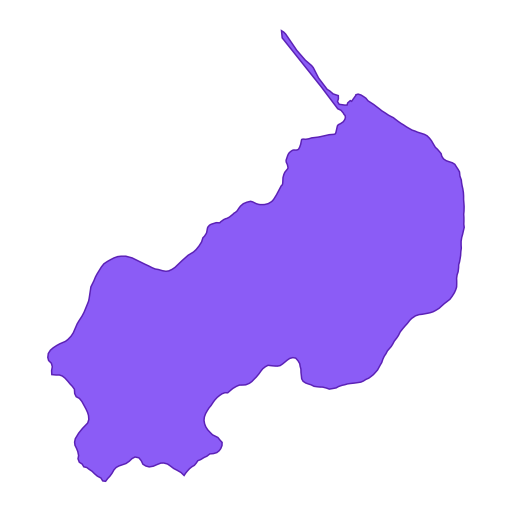 I-1 Barima, Barima-Waini, Guyana (Mercator projection)
{"feature_id": "73187651B60550575754674", "entity_name": "I-1 Barima", "entity_type": "district", "adm_level": 2, "iso_a3": "GUY", "parent_name": "Guyana", "parent_adm1": "Barima-Waini", "projection": "mercator", "projection_center": [-60.025, 7.862], "detail": "fine", "context": "isolated", "style": "filled", "palette": "violet", "viewbox_px": 512, "rotation_deg": 0, "n_neighbors": 0, "source": "geoboundaries", "source_scale": "gbopen_adm2", "svg_char_len": 5337}
<svg xmlns="http://www.w3.org/2000/svg" viewBox="0 0 512 512"><path d="M356.0,94.7L356.1,95.0L351.6,101.3L350.3,100.6L347.7,102.9L347.1,105.0L344.9,105.1L339.2,104.3L337.5,101.7L338.4,98.7L338.3,95.6L336.7,95.1L332.9,93.8L332.9,93.7L329.8,91.0L327.4,89.5L327.2,89.4L318.6,78.1L313.3,67.7L311.7,65.7L305.3,60.2L296.8,50.4L285.6,34.0L283.6,32.0L282.6,31.4L281.5,30.7L282.2,37.9L321.9,87.7L322.4,88.4L336.5,107.1L337.7,108.7L337.8,108.8L341.0,110.3L343.2,112.9L344.1,114.5L345.1,115.5L345.4,117.5L345.0,119.0L344.3,120.3L343.2,121.8L340.6,123.6L338.5,124.6L337.6,125.5L337.3,126.3L336.0,132.1L335.6,133.3L334.9,134.1L334.1,134.3L329.2,134.7L320.3,136.7L318.2,137.1L311.6,137.9L308.8,138.8L305.7,139.3L303.1,139.1L302.1,139.3L301.7,139.5L301.5,140.0L300.7,144.2L299.7,147.1L298.6,149.1L297.8,149.7L296.3,150.1L293.6,150.0L292.5,150.3L290.8,151.4L289.4,152.6L288.7,153.5L287.8,155.2L286.1,160.2L286.2,162.0L287.4,164.7L287.6,165.6L288.0,167.5L287.8,168.6L284.8,172.3L283.8,174.6L283.0,177.6L282.8,182.0L282.6,184.1L281.9,185.3L281.2,185.9L276.5,194.8L273.9,199.0L272.5,200.8L271.3,201.8L268.3,203.6L264.8,204.5L263.3,204.6L260.2,204.6L258.7,204.4L256.3,203.7L252.7,201.9L250.6,201.3L246.9,202.2L243.3,203.7L240.5,206.1L238.9,208.2L237.1,210.9L235.4,212.4L234.1,213.1L233.1,214.1L229.4,217.1L226.9,218.4L225.7,218.7L223.7,219.6L220.7,221.8L219.8,222.8L218.6,222.8L217.3,222.7L216.1,222.7L211.6,224.1L210.5,224.6L209.5,225.2L208.0,226.9L207.5,228.0L206.7,232.4L206.3,233.4L204.5,236.2L202.9,237.8L201.6,241.9L199.1,245.9L196.2,249.5L193.5,252.0L188.2,255.2L182.3,260.4L175.0,267.4L172.0,269.4L168.8,270.9L165.9,271.3L162.4,270.7L158.3,269.5L155.2,269.0L152.1,267.7L148.6,265.9L145.1,264.3L132.1,257.9L125.8,256.2L121.3,256.2L117.7,256.6L114.0,257.9L110.7,259.6L107.3,261.5L103.9,263.8L101.3,267.1L97.1,273.9L95.5,276.9L93.9,280.8L90.9,286.9L89.2,298.2L88.6,301.1L87.3,304.4L84.1,312.2L82.1,316.0L78.8,321.1L77.2,323.8L73.3,332.8L71.0,336.3L67.9,339.5L65.4,341.4L59.8,343.8L56.7,345.5L53.2,347.8L50.4,350.2L48.3,353.5L47.8,357.4L48.6,360.5L51.4,363.3L52.3,366.7L51.6,370.6L51.8,374.6L56.2,375.0L59.5,375.0L62.3,376.0L64.9,378.0L67.9,381.3L70.0,383.9L72.3,386.3L74.4,389.2L74.7,393.6L76.2,396.7L79.4,398.4L81.9,401.5L86.0,409.0L87.6,412.5L88.5,415.5L88.8,419.5L87.7,423.0L82.5,428.4L78.7,433.1L75.3,438.7L74.6,442.1L75.0,445.3L76.4,448.1L77.8,451.6L78.6,455.6L78.0,458.8L79.3,462.2L82.2,464.1L83.8,466.8L86.8,467.5L89.1,469.3L92.1,471.3L94.5,473.7L97.3,476.1L100.9,478.0L102.7,480.9L105.6,481.3L107.7,478.5L109.8,476.3L112.0,473.3L114.0,469.8L116.1,467.5L118.8,466.0L126.0,463.5L129.2,461.3L131.9,458.7L135.0,457.0L138.9,457.8L141.3,460.8L142.9,464.2L145.8,466.0L149.2,466.9L153.3,466.2L157.2,464.5L160.8,463.1L163.7,463.0L167.5,464.0L170.0,465.7L173.7,468.5L177.0,470.2L181.0,472.5L184.1,475.5L185.6,473.2L187.3,471.1L189.5,468.7L191.8,466.8L194.4,465.3L196.3,463.0L197.8,460.7L200.6,459.6L204.2,457.4L206.9,456.2L209.8,453.9L213.4,453.6L216.8,452.6L219.2,450.7L220.8,448.5L222.0,445.5L222.1,442.4L220.0,440.1L217.9,437.5L215.3,436.2L212.5,434.8L210.1,432.4L207.7,429.8L205.8,426.9L204.6,423.8L204.0,420.3L204.4,416.9L205.6,413.6L207.3,410.6L209.1,407.8L211.1,405.4L213.2,402.2L214.9,399.9L217.2,397.4L219.7,395.4L222.0,393.8L224.9,392.7L227.7,392.8L230.6,390.3L232.9,388.4L236.3,386.4L239.3,385.1L243.0,385.0L245.8,384.8L249.4,383.3L251.9,381.5L253.9,379.4L256.3,377.0L258.8,374.0L261.1,370.8L262.8,368.7L265.4,366.7L268.0,365.3L271.4,365.7L274.6,366.0L277.4,366.1L280.1,365.6L282.5,364.0L284.6,362.3L287.5,359.9L289.8,358.4L292.8,357.6L295.7,358.1L298.0,360.7L299.7,363.6L300.2,366.5L300.9,369.1L301.0,372.5L301.3,375.2L301.7,378.8L303.1,381.3L305.7,383.0L308.5,384.0L311.1,384.8L314.0,386.3L316.8,386.7L319.5,387.0L322.7,387.1L326.6,388.1L329.3,389.1L332.9,388.5L336.1,387.9L338.6,386.5L342.1,385.3L344.9,384.7L347.5,383.9L350.4,383.5L354.1,383.1L357.7,382.6L360.9,382.1L363.4,381.0L366.1,379.3L368.7,378.2L371.0,376.5L373.4,374.6L375.5,372.3L377.6,369.9L379.0,367.3L380.3,364.9L381.7,362.6L382.8,359.3L384.2,356.3L386.0,353.6L387.4,350.9L391.2,346.5L392.7,344.1L394.3,341.1L396.8,337.9L398.4,335.5L400.2,331.9L402.8,328.6L405.1,325.9L407.3,323.5L409.8,320.3L411.7,318.4L415.5,315.8L419.1,314.6L421.9,314.3L424.7,313.8L427.4,313.3L430.2,312.7L433.0,311.8L435.7,310.4L439.1,308.3L441.4,306.2L444.2,303.7L447.3,301.3L449.9,299.3L452.2,296.2L454.4,292.7L455.7,289.8L456.6,287.0L456.7,284.1L456.7,281.1L456.6,278.2L457.1,274.8L458.1,271.8L458.6,267.7L458.7,264.7L459.5,262.0L460.1,258.7L460.6,255.6L460.8,251.8L461.3,248.1L461.1,245.0L461.1,241.4L461.7,237.5L462.6,234.3L463.4,230.8L464.2,227.4L463.8,224.2L463.9,221.4L463.9,217.4L463.7,214.2L464.0,211.1L464.1,206.7L463.9,203.4L463.6,199.6L463.6,196.1L463.4,192.6L462.8,188.8L462.1,185.7L461.6,182.8L461.3,180.0L459.9,176.0L459.5,171.9L458.1,169.4L456.5,167.0L454.8,164.3L452.4,162.8L449.1,161.7L446.2,160.7L443.5,158.9L441.8,156.3L441.1,153.6L439.2,151.3L437.4,149.2L435.3,147.3L433.4,144.1L431.5,140.8L429.5,138.2L427.1,135.8L424.5,134.4L421.2,133.3L417.6,132.2L415.1,131.1L412.1,130.1L409.8,128.8L406.5,126.9L403.4,124.8L401.0,123.4L398.3,121.5L395.8,119.6L393.4,117.7L391.0,116.5L388.4,115.1L385.3,113.0L381.8,110.8L379.2,108.7L376.3,106.5L373.7,104.5L370.6,102.5L368.0,100.8L365.9,98.2L363.6,96.6L361.0,95.0L358.1,94.1L356.0,94.7Z" fill="#8b5cf6" stroke="#5b21b6" stroke-width="1.5"/></svg>